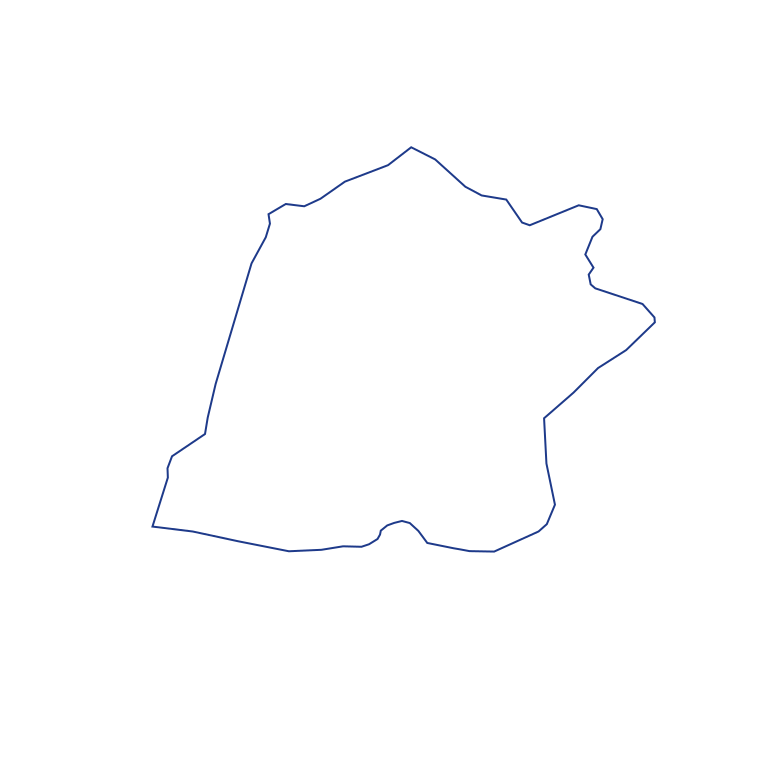 San Pablo Jocopilas, Suchitepéquez, Guatemala, rotated 240°
{"feature_id": "79465075B77711429461890", "entity_name": "San Pablo Jocopilas", "entity_type": "district", "adm_level": 2, "iso_a3": "GTM", "parent_name": "Guatemala", "parent_adm1": "Suchitepéquez", "projection": "robinson", "projection_center": [-91.434, 14.594], "detail": "fine", "context": "isolated", "style": "outline", "palette": "blue", "viewbox_px": 768, "rotation_deg": 240, "n_neighbors": 0, "source": "geoboundaries", "source_scale": "gbopen_adm2", "svg_char_len": 946}
<svg xmlns="http://www.w3.org/2000/svg" viewBox="0 0 768 768"><g transform="rotate(240 384 384)"><path d="M588.8,368.9L579.9,365.4L570.2,355.0L554.7,329.6L468.2,238.2L443.0,214.5L430.2,204.0L427.4,164.3L419.3,154.4L411.0,150.0L376.3,112.2L351.9,144.6L320.7,179.1L286.7,218.0L271.7,246.9L263.9,267.4L254.3,283.1L252.7,290.9L253.0,300.9L255.6,305.3L258.6,307.9L259.9,316.1L258.6,323.4L256.4,331.1L250.7,336.8L239.6,340.3L224.7,342.0L206.9,362.2L202.5,367.5L196.5,374.5L183.8,395.6L179.0,444.1L181.2,454.9L194.0,471.7L233.9,484.9L274.3,505.5L281.8,543.9L290.8,577.4L292.3,610.7L302.0,649.4L306.4,651.5L324.0,647.9L361.2,614.8L366.9,612.8L376.4,616.0L380.0,623.6L395.5,623.1L407.3,638.2L409.9,648.8L417.4,655.8L429.1,655.7L441.4,642.0L448.6,589.6L454.8,584.3L482.6,582.1L498.5,562.8L514.1,553.1L552.9,540.6L575.4,525.9L571.5,496.9L578.8,451.3L576.2,421.6L577.8,403.8L589.0,388.9L588.8,368.9Z" fill="none" stroke="#1e3a8a" stroke-width="2"/></g></svg>